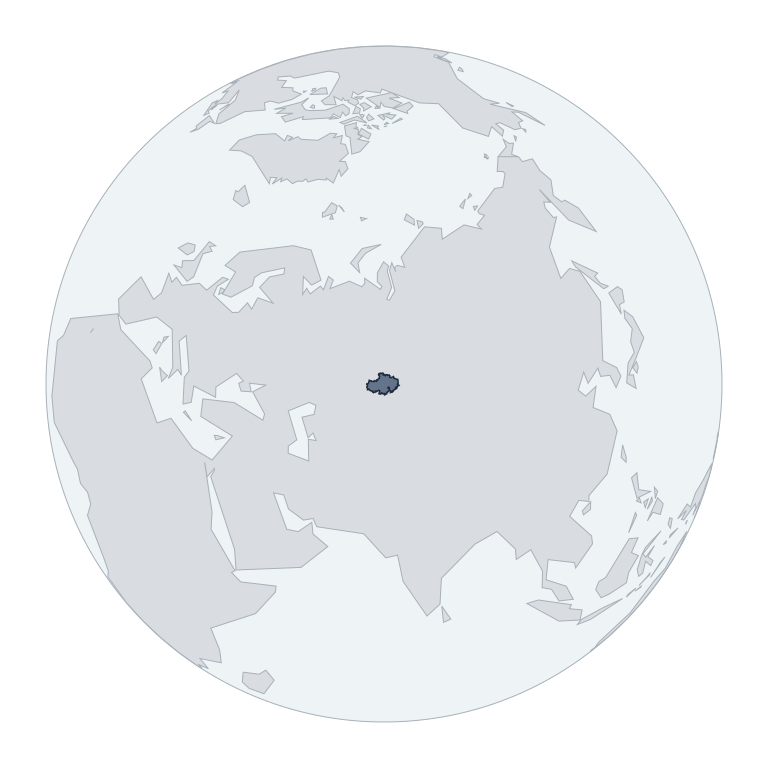 globe centered on Aqmola
{"feature_id": "KAZ-3202", "entity_name": "Aqmola", "entity_type": "Region", "adm_level": 1, "iso_a3": "KAZ", "parent_name": "Kazakhstan", "parent_adm1": "", "projection": "orthographic", "projection_center": [70.159, 51.837], "detail": "fine", "context": "on_globe", "style": "filled", "palette": "slate", "viewbox_px": 768, "rotation_deg": 0, "n_neighbors": 0, "source": "natural_earth", "source_scale": "10m", "svg_char_len": 14630}
<svg xmlns="http://www.w3.org/2000/svg" viewBox="0 0 768 768"><circle cx="384" cy="384" r="338" fill="#eef3f6" stroke="#a8b0b8"/><path d="M442.5,51.2L448.8,52.8L441.7,57.1L434.8,54.6L433.9,56.6L442.6,60.2L448.5,62.2L457.3,78.7L483.6,98.7L499.6,103.3L490.0,104.2L525.7,112.6L545.0,125.4L518.4,112.2L512.0,112.0L522.7,120.8L518.4,122.6L521.1,128.2L515.0,129.7L500.0,122.7L495.8,123.8L503.6,130.1L502.4,136.2L491.6,126.6L488.4,136.4L462.7,128.0L438.6,103.7L419.4,102.9L381.8,89.1L380.4,92.9L365.3,90.9L358.0,94.8L353.1,91.7L351.5,97.6L357.4,99.7L358.7,103.0L354.9,105.7L348.0,102.1L348.9,100.2L344.9,100.6L343.0,97.8L341.8,100.7L333.9,96.4L336.1,104.7L325.1,104.7L321.4,100.8L329.2,95.9L339.8,77.1L338.4,72.8L328.7,71.1L294.6,78.1L290.0,76.0L278.4,77.0L277.5,80.1L286.3,80.6L281.7,87.4L293.0,87.8L292.8,90.9L301.4,94.1L292.1,99.4L278.4,103.2L270.7,101.0L264.4,102.8L265.2,110.0L244.7,111.7L220.3,123.4L215.9,123.7L218.9,113.8L235.4,100.1L239.3,89.9L228.6,102.7L217.7,104.1L212.5,107.2L208.3,111.1L209.2,113.2L203.8,115.3L212.4,102.7L217.4,100.6L214.7,104.4L222.3,98.3L228.0,91.0L222.1,92.9L237.0,81.9L232.9,83.3L233.9,82.1L239.4,80.3L229.8,83.6L236.8,79.8L261.0,69.3L285.9,60.6L311.4,54.0L337.4,49.3L363.7,46.7L390.0,46.1L416.4,47.6L442.5,51.2ZM451.9,62.9L443.2,60.1L436.9,56.6L444.6,58.5L451.9,62.9ZM463.2,71.6L457.9,70.3L459.4,67.3L461.9,68.9L463.2,71.6ZM512.1,106.6L505.9,102.4L513.4,106.0L512.1,106.6ZM522.6,128.7L525.7,129.5L525.8,132.1L522.6,128.7ZM306.0,91.1L303.7,92.5L303.3,91.2L306.0,91.1ZM311.8,91.2L312.9,88.6L315.9,88.3L315.1,89.9L311.8,91.2ZM516.5,137.1L515.7,141.4L514.0,135.7L516.5,137.1ZM309.8,94.6L320.9,88.1L326.1,87.8L327.6,93.9L309.8,94.6ZM513.5,143.1L511.6,154.3L518.4,156.7L498.1,156.7L506.4,146.8L503.2,139.3L508.8,143.4L513.5,143.1ZM360.9,99.2L354.5,97.1L363.3,96.5L360.9,99.2ZM366.2,98.1L391.5,92.6L399.1,97.6L389.1,98.2L401.8,103.0L393.0,108.0L384.1,106.5L380.9,102.2L380.0,107.5L366.2,98.1ZM487.2,155.3L484.5,157.2L484.4,153.9L487.2,155.3ZM359.9,104.4L364.3,102.6L371.2,106.7L363.6,111.0L363.8,108.3L359.9,104.4ZM409.3,102.1L413.1,106.1L407.1,111.2L407.8,113.5L393.5,108.6L409.3,102.1ZM360.3,108.7L359.6,113.1L352.9,113.7L356.0,106.4L360.3,108.7ZM376.2,106.1L379.1,108.3L375.0,108.4L376.2,106.1ZM328.8,119.2L333.9,116.5L338.0,118.4L328.8,119.2ZM359.7,114.7L362.0,114.5L364.2,115.1L362.3,118.1L359.7,114.7ZM390.3,112.7L386.9,114.2L395.8,115.0L391.7,119.2L382.9,115.2L384.9,118.7L383.6,120.0L377.9,115.4L390.3,112.7ZM367.0,122.9L354.4,120.0L343.9,124.2L340.0,122.5L357.5,116.2L367.0,122.9ZM373.9,118.9L368.7,120.9L366.5,117.7L368.7,114.2L373.9,118.9ZM392.0,123.5L400.6,118.1L402.3,119.2L392.0,123.5ZM364.4,124.7L367.5,125.4L363.9,125.4L364.4,124.7ZM384.0,124.5L386.8,122.3L388.6,123.6L384.0,124.5ZM371.3,128.8L367.3,127.8L368.6,125.3L371.3,128.8ZM377.5,127.4L379.2,129.6L371.5,125.0L378.5,126.1L377.5,127.4ZM385.2,126.1L387.2,126.1L383.8,126.8L385.2,126.1ZM368.6,139.1L358.5,133.9L361.5,128.3L370.9,134.0L368.6,139.1ZM126.7,603.0L107.9,576.8L108.3,570.9L104.0,558.5L87.5,515.4L90.7,504.0L87.6,492.3L80.5,483.5L77.5,469.3L73.7,462.4L54.3,422.6L51.9,396.4L57.4,340.8L63.5,335.4L70.8,318.5L117.8,313.8L120.8,329.7L149.9,360.9L152.2,367.9L141.2,378.9L157.0,422.9L171.0,418.3L192.8,448.3L212.1,460.0L232.4,436.1L200.8,416.4L202.8,398.9L234.2,402.6L262.9,420.2L264.6,414.0L252.7,391.8L265.8,385.1L249.4,383.2L251.3,391.8L241.1,391.1L238.7,383.3L243.4,381.1L236.6,373.4L215.9,387.0L215.6,397.3L193.8,386.0L191.2,402.3L183.0,404.1L184.3,377.4L189.0,370.9L186.2,335.4L179.1,341.1L181.4,375.2L177.8,369.4L168.4,378.4L172.8,367.1L172.2,329.3L156.7,317.0L125.8,324.1L119.1,315.2L118.6,299.1L141.1,276.8L153.5,299.4L161.6,292.8L168.8,273.3L171.9,282.2L176.4,277.3L182.0,285.3L199.4,283.3L206.6,290.2L222.6,277.3L228.4,279.3L217.3,286.1L213.4,295.0L232.3,312.5L238.7,312.3L247.5,302.8L251.6,309.2L257.8,297.8L273.2,303.2L259.6,287.4L269.6,276.9L283.9,274.0L284.7,267.9L261.6,272.8L254.5,277.4L252.3,285.8L231.0,297.2L222.5,294.0L235.6,272.0L225.0,265.4L239.9,252.1L293.4,245.7L311.1,250.0L321.0,280.2L311.6,285.1L303.4,276.5L302.6,294.6L306.7,288.2L310.1,293.9L320.5,286.1L323.5,289.8L328.5,276.4L333.3,280.1L330.0,288.6L349.5,281.2L361.8,286.8L364.8,283.4L364.6,278.2L380.4,289.4L381.9,286.4L377.3,281.6L377.4,272.8L383.6,261.8L388.7,266.2L387.2,270.8L391.6,287.4L386.7,299.5L389.4,300.2L394.9,290.9L389.5,270.5L391.8,262.7L395.8,271.7L394.5,267.8L397.3,265.4L404.8,267.3L401.1,257.2L424.5,226.8L441.4,228.3L442.3,239.2L464.0,224.9L481.4,229.0L477.1,224.4L484.6,215.3L479.3,213.7L477.8,210.9L494.7,188.5L502.7,187.2L505.1,173.7L502.9,171.5L497.2,171.5L498.1,156.7L518.4,156.7L522.4,161.6L532.4,158.8L540.0,170.7L550.9,179.8L553.3,195.5L561.8,201.9L564.7,200.1L578.4,208.0L596.2,231.5L568.7,220.1L539.3,189.5L550.2,202.3L543.8,201.9L545.3,208.2L553.3,217.5L556.6,216.9L549.4,247.1L560.8,278.4L569.5,268.5L579.9,271.3L600.5,301.6L602.8,360.6L616.7,367.6L620.9,376.2L616.1,387.6L609.9,375.3L600.6,376.4L597.9,368.1L588.1,383.3L583.7,372.1L578.2,390.1L585.7,396.1L596.0,386.3L593.1,407.5L609.8,414.3L617.1,430.9L607.1,474.1L588.9,495.6L588.9,501.5L578.8,500.3L569.7,516.4L591.6,535.9L592.5,543.9L575.6,568.0L574.5,562.6L548.1,559.6L546.0,579.7L566.2,586.2L573.3,599.3L559.0,600.9L551.5,589.3L542.1,587.7L542.6,571.2L530.8,549.7L516.3,559.5L515.4,549.0L497.0,531.5L475.0,544.1L441.4,578.3L440.0,604.1L427.0,616.0L403.1,581.4L397.6,555.2L385.7,557.8L363.8,533.8L316.8,526.7L313.0,518.5L303.5,520.1L288.5,509.0L283.8,495.0L273.5,492.8L286.8,529.3L298.2,531.6L311.8,522.3L313.0,534.0L327.8,546.5L301.1,567.4L236.0,570.0L234.6,549.4L210.7,476.6L214.2,470.9L214.3,470.1L214.3,468.5L207.1,476.9L204.6,462.3L212.0,511.7L211.1,529.3L235.0,570.7L231.5,572.4L240.7,581.9L276.1,586.1L275.3,592.2L255.5,613.6L210.8,628.1L219.6,649.8L221.3,662.8L199.9,658.5L208.4,668.7L198.3,664.3L202.1,668.1L197.8,666.0L178.4,652.2L160.0,637.0L142.8,620.6L126.7,603.0ZM93.6,328.4L90.4,332.7L93.6,328.4ZM288.2,453.3L308.7,461.0L308.3,439.2L316.1,440.6L313.1,433.0L308.1,437.7L302.0,417.2L314.0,414.4L316.0,405.3L309.2,402.4L288.2,410.9L296.8,439.9L288.3,446.0L288.2,453.3ZM217.2,104.8L216.3,105.9L211.4,109.8L212.3,107.9L217.2,104.8ZM198.3,129.3L190.0,132.2L196.5,128.5L196.1,126.0L209.4,115.6L214.4,123.3L209.7,121.4L198.3,129.3ZM228.5,104.7L219.5,109.9L229.1,103.9L228.5,104.7ZM195.2,245.0L194.0,251.6L187.2,254.9L178.2,248.0L187.9,242.9L195.2,245.0ZM193.9,260.5L209.4,241.6L215.7,245.8L209.5,246.5L212.1,251.2L202.9,253.7L193.7,276.8L187.1,281.4L174.0,265.0L181.9,267.6L182.6,260.7L193.9,260.5ZM238.1,191.8L244.9,185.3L249.6,202.4L242.7,206.7L233.2,199.6L235.8,190.5L238.1,191.8ZM310.3,107.3L312.7,104.8L314.6,105.6L314.2,108.5L310.3,107.3ZM330.9,117.8L302.3,119.6L303.5,116.7L285.3,122.1L281.4,116.7L293.3,113.2L276.7,113.4L285.8,108.1L274.2,109.3L301.1,102.2L308.7,97.9L301.7,104.6L305.1,109.7L308.9,110.6L325.2,110.2L343.1,104.2L349.4,108.8L349.0,113.7L345.6,115.8L342.6,112.0L340.3,117.6L333.4,113.8L330.9,117.8ZM341.2,176.3L339.2,169.6L333.3,183.0L326.3,178.1L326.1,180.0L318.1,179.3L307.9,182.0L305.9,178.9L302.8,181.3L297.4,181.2L292.5,183.6L287.1,179.0L280.7,181.7L281.8,178.1L272.2,184.0L276.9,177.7L270.4,177.3L269.3,183.7L252.1,156.4L241.2,150.9L229.6,150.1L239.3,140.0L256.4,134.8L275.6,133.7L284.6,140.9L287.4,135.4L292.5,137.3L288.2,140.8L297.9,136.7L301.0,139.3L318.1,140.3L330.2,133.3L336.8,133.8L333.6,137.8L342.3,135.5L340.7,143.7L345.3,144.3L348.4,153.3L339.5,161.3L345.3,161.5L347.9,168.7L341.2,176.3ZM369.1,141.7L360.0,151.7L351.8,154.1L350.0,137.5L346.0,135.8L344.5,125.9L356.5,122.7L355.8,125.8L357.9,128.0L353.3,128.1L358.6,129.8L357.8,134.2L361.7,136.8L357.7,139.2L369.1,141.7ZM159.6,367.1L162.3,371.1L167.5,375.6L161.7,381.6L159.6,367.1ZM158.7,341.4L161.8,343.5L156.0,353.6L153.3,349.7L158.7,341.4ZM168.4,336.4L162.4,342.8L164.0,337.1L168.4,336.4ZM220.7,287.7L224.6,289.6L223.1,292.4L218.7,294.4L220.7,287.7ZM322.4,217.2L322.5,212.4L324.9,211.9L331.6,202.7L337.3,205.9L335.4,212.7L322.4,217.2ZM224.3,437.8L215.9,439.8L214.2,435.4L217.4,435.6L224.3,437.8ZM185.1,410.8L191.7,420.8L183.4,412.3L185.1,410.8ZM329.7,219.1L331.8,214.8L333.3,219.1L329.7,219.1ZM341.8,207.8L344.4,212.0L338.7,205.2L341.8,207.8ZM274.2,680.2L264.0,693.7L249.2,688.4L242.3,682.0L243.2,672.2L259.1,674.2L265.8,670.2L274.2,680.2ZM634.8,591.2L641.2,586.2L640.8,587.2L634.8,591.2ZM628.2,594.2L636.0,588.0L626.4,597.1L628.2,594.2ZM638.9,585.6L646.8,577.1L650.3,572.6L649.4,574.9L638.9,585.6ZM622.6,598.5L590.7,619.3L577.4,624.5L581.1,619.6L602.5,608.0L622.6,598.5ZM580.0,620.0L559.0,621.1L526.9,603.5L538.5,600.0L571.4,604.7L569.4,608.7L582.1,609.9L580.0,620.0ZM628.6,572.6L626.4,582.8L609.3,594.0L601.2,597.8L595.7,589.6L598.8,581.6L605.6,577.6L629.2,538.8L638.0,537.8L631.4,552.6L638.4,555.6L628.6,572.6ZM441.8,606.2L450.8,619.1L443.5,622.4L441.8,606.2ZM636.7,515.3L628.6,532.8L635.4,512.5L636.7,515.3ZM639.5,498.1L641.1,502.9L636.4,500.9L639.5,498.1ZM590.5,509.4L583.5,514.9L582.3,511.0L590.7,501.7L590.5,509.4ZM622.6,444.9L626.2,457.2L626.1,462.3L621.1,457.3L622.6,444.9ZM381.2,244.4L365.5,253.3L358.0,262.8L359.6,272.5L350.5,263.1L362.2,248.5L381.2,244.4ZM418.6,228.3L417.0,220.5L422.1,221.7L423.2,223.7L418.6,228.3ZM414.5,225.1L404.3,219.8L406.4,214.0L414.0,219.3L414.5,225.1ZM366.5,218.6L361.5,220.9L360.4,217.3L366.5,218.6ZM590.3,651.6L591.6,649.9L594.7,647.6L599.2,641.7L630.2,612.8L654.0,581.1L665.2,568.4L677.3,545.9L686.9,531.3L680.6,545.1L684.2,539.2L672.1,560.6L658.5,581.1L643.4,600.6L627.0,618.9L609.2,635.9L590.3,651.6ZM694.2,518.1L700.5,501.8L699.7,504.5L694.2,518.1ZM650.6,577.4L660.4,562.4L664.9,557.0L650.6,577.4ZM708.9,477.0L706.9,481.7L702.0,496.8L692.7,515.3L695.9,507.1L695.4,503.7L683.8,520.0L681.5,519.5L686.3,510.4L677.7,518.8L687.2,504.0L690.5,507.1L695.6,492.8L702.9,480.6L708.8,469.2L712.0,463.4L710.7,468.6L711.6,467.0L708.9,477.0ZM685.9,522.3L687.4,520.0L685.7,524.5L685.9,522.3ZM713.1,459.1L717.2,438.9L717.8,435.8L714.8,452.5L713.1,459.1ZM716.9,437.8L718.2,432.3L718.4,432.7L718.0,435.1L716.9,437.8ZM666.5,540.5L665.9,543.3L663.2,544.6L666.5,540.5ZM670.1,535.1L678.0,527.9L669.3,537.9L670.1,535.1ZM643.0,553.8L645.7,557.1L654.5,545.5L647.8,556.8L653.0,560.4L650.7,565.6L645.6,561.3L642.7,573.1L638.7,576.4L637.2,569.7L641.6,555.4L645.5,547.4L661.0,530.9L643.0,553.8ZM670.4,528.3L668.1,524.1L669.7,517.7L672.2,518.6L670.4,528.3ZM660.3,514.5L652.9,512.3L647.3,521.0L657.6,497.8L663.2,503.8L660.3,514.5ZM652.4,501.1L647.3,509.2L651.9,496.8L652.4,501.1ZM645.3,507.6L643.6,502.0L648.2,498.9L645.3,507.6ZM655.3,498.6L654.4,487.2L657.7,491.2L655.3,498.6ZM638.8,489.7L650.6,491.4L637.0,498.2L631.5,477.8L636.9,472.7L638.8,489.7ZM637.0,373.2L632.9,367.8L636.4,361.5L638.2,367.0L637.0,373.2ZM643.8,337.8L635.9,358.2L628.9,375.1L633.4,374.8L636.1,388.4L626.7,382.9L628.1,363.0L634.3,352.3L630.6,341.5L632.3,328.7L624.8,318.2L624.0,310.2L632.7,316.7L643.8,337.8ZM621.3,314.1L608.8,293.0L617.4,286.6L622.1,289.7L624.2,301.9L619.5,304.6L621.3,314.1ZM608.3,286.2L603.7,288.7L575.5,266.9L571.8,260.9L597.7,273.1L594.7,276.3L600.1,283.1L608.3,286.2ZM487.8,159.1L484.8,157.4L488.4,157.2L487.8,159.1ZM474.7,210.3L473.3,206.4L477.6,206.0L474.7,210.3ZM471.7,195.5L467.9,198.6L469.8,193.4L471.7,195.5ZM459.7,206.3L465.4,199.0L463.0,208.7L459.7,206.3Z" fill="#d9dde1" stroke="#a8b0b8" stroke-width="1"/><path d="M367.1,384.0L367.8,383.8L368.4,383.2L368.6,382.4L368.8,381.9L369.1,381.6L369.2,380.3L369.9,380.5L370.1,380.9L370.5,380.8L371.3,380.8L371.5,381.3L371.9,381.3L373.1,381.6L373.5,381.5L374.2,381.5L374.3,380.6L374.7,380.5L375.1,380.7L376.0,381.3L376.3,381.4L376.4,381.2L376.7,381.0L377.0,380.6L376.8,380.2L376.8,379.9L377.0,379.9L377.7,379.5L377.9,379.6L378.0,379.4L378.2,379.1L378.3,378.9L378.7,378.7L378.9,378.5L379.3,378.3L379.3,378.2L379.2,377.3L379.5,377.1L379.6,376.4L379.4,376.1L379.3,375.7L378.9,375.5L378.7,375.2L378.5,374.7L378.8,374.5L378.9,374.3L379.1,374.2L379.0,373.9L379.4,373.9L379.6,373.8L379.5,373.7L379.5,373.4L380.0,373.3L380.1,373.5L380.4,373.5L380.6,373.3L380.8,373.2L381.1,373.5L381.4,373.7L381.5,374.2L381.5,373.8L381.6,373.6L382.3,373.1L382.9,373.1L383.1,373.2L383.2,373.4L383.3,373.9L383.3,374.3L383.5,374.2L384.0,374.2L384.1,374.3L384.1,374.5L384.0,374.8L383.8,375.0L384.1,375.0L384.5,375.0L384.9,375.2L385.1,375.6L385.3,375.7L385.4,375.3L385.7,375.2L385.8,374.8L386.3,374.7L387.2,374.7L387.3,374.8L387.3,375.2L387.7,375.3L387.9,375.4L388.1,375.4L388.3,375.3L389.1,374.9L389.4,375.3L389.7,375.7L389.9,375.9L389.8,376.1L389.8,376.7L389.6,377.0L389.8,377.4L390.3,377.6L391.4,377.6L392.1,377.1L392.4,377.0L392.8,377.0L393.2,376.9L393.4,376.9L393.5,376.7L393.7,377.0L393.7,377.3L393.9,377.6L394.0,378.4L394.4,378.4L395.9,378.8L396.5,379.3L397.6,379.3L397.8,379.4L397.9,379.9L398.2,383.2L398.0,383.4L397.6,383.7L397.4,384.3L397.5,384.9L397.9,384.8L398.1,384.8L398.2,385.0L398.7,385.1L399.1,385.3L398.8,385.6L398.5,385.6L397.9,385.9L397.6,386.2L397.5,386.5L397.3,386.8L397.1,387.1L396.4,387.0L395.8,387.2L395.6,387.2L395.5,387.4L395.5,387.5L395.8,387.8L395.9,388.0L396.1,388.1L396.2,387.8L396.6,387.9L396.8,388.1L396.6,388.3L396.2,388.6L395.6,388.9L395.4,389.0L395.5,389.2L395.1,389.4L394.9,389.5L394.2,389.5L393.9,389.9L393.9,390.1L393.8,390.3L393.5,390.4L393.3,390.4L393.2,390.6L392.9,390.7L392.9,390.8L392.8,391.0L392.8,391.3L393.0,391.4L392.8,391.6L392.3,391.4L392.2,391.6L392.0,392.3L391.0,392.2L390.5,392.3L390.4,392.4L390.4,392.2L390.5,392.0L390.5,391.7L390.6,391.3L390.7,390.9L390.2,390.5L390.0,390.4L389.8,390.4L389.7,390.3L389.1,390.6L388.7,391.3L388.4,391.5L387.9,391.6L387.9,391.9L387.7,392.0L387.3,392.3L387.1,392.3L386.8,393.0L386.8,393.5L386.6,393.4L386.5,393.2L385.9,393.4L385.7,394.4L384.5,394.9L384.3,394.5L384.6,394.0L384.4,393.8L384.3,393.5L384.1,393.5L383.1,393.8L382.8,393.8L382.5,393.7L382.5,393.4L382.4,393.3L382.1,393.0L381.9,393.0L381.8,392.8L381.5,392.9L381.3,393.3L381.1,393.6L380.9,393.6L380.9,393.9L380.6,394.0L380.2,394.1L378.9,393.7L379.2,393.1L379.4,392.5L379.4,391.9L379.5,391.7L379.6,391.3L379.7,390.7L378.8,390.3L378.4,390.5L378.0,390.7L377.4,391.1L376.0,391.1L376.2,391.3L376.3,391.7L376.0,391.9L375.4,392.1L374.4,392.2L373.9,392.4L373.4,392.7L373.0,392.3L372.8,392.1L373.0,391.8L373.0,391.3L372.7,391.0L371.6,391.1L370.2,390.6L369.9,390.3L369.7,389.9L369.3,389.9L369.2,389.8L369.1,389.4L368.8,389.1L368.3,389.2L368.0,389.6L367.5,389.7L367.5,388.6L366.9,387.4L367.0,387.1L366.8,386.8L367.0,386.6L367.3,386.3L367.2,386.2L367.3,386.0L367.4,385.8L367.5,385.1L367.3,384.7L366.7,384.3L366.8,383.9L367.1,384.0ZM388.9,389.0L389.1,388.9L389.3,388.7L389.3,388.3L389.4,387.9L389.3,387.7L389.1,387.6L389.0,387.4L388.7,387.1L388.3,387.2L388.1,387.3L388.0,387.5L388.0,387.8L388.0,388.0L388.4,388.4L388.5,388.7L388.7,388.9L388.9,389.0Z" fill="#64748b" stroke="#1e293b" stroke-width="1.5"/></svg>